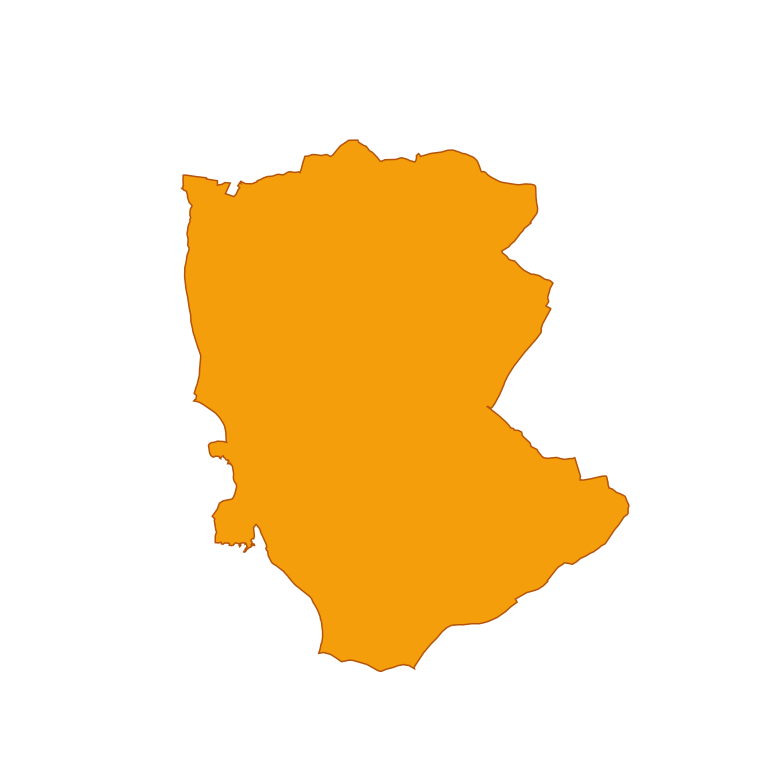 Suatu, Cluj, Romania, rotated 336°
{"feature_id": "2599482B22799076285957", "entity_name": "Suatu", "entity_type": "district", "adm_level": 2, "iso_a3": "ROU", "parent_name": "Romania", "parent_adm1": "Cluj", "projection": "albers", "projection_center": [23.957, 46.756], "detail": "fine", "context": "isolated", "style": "filled", "palette": "amber", "viewbox_px": 768, "rotation_deg": 336, "n_neighbors": 0, "source": "geoboundaries", "source_scale": "gbopen_adm2", "svg_char_len": 6171}
<svg xmlns="http://www.w3.org/2000/svg" viewBox="0 0 768 768"><g transform="rotate(336 384 384)"><path d="M492.7,495.4L489.8,488.8L489.5,486.7L490.1,484.4L490.0,483.6L487.8,481.0L484.4,479.2L484.2,478.9L484.2,477.6L484.1,477.3L481.9,475.5L481.4,472.8L480.0,468.5L475.7,458.9L469.2,446.7L469.7,446.7L471.0,448.7L471.9,449.5L472.5,449.6L474.0,448.9L477.3,446.9L485.5,440.6L493.4,433.3L495.2,431.2L501.9,425.8L510.3,420.3L525.3,412.3L541.5,404.8L548.4,400.9L549.8,398.3L549.8,397.7L553.1,393.8L566.9,383.2L566.9,382.8L563.7,378.6L567.7,376.0L568.1,375.4L568.6,371.9L569.9,369.9L571.3,368.5L574.8,364.1L579.4,360.6L578.3,358.0L577.1,356.4L573.5,353.7L570.9,349.5L569.5,347.8L565.2,344.5L563.1,343.6L558.3,337.3L556.2,333.1L553.4,324.8L550.0,322.3L548.7,320.7L548.1,317.4L545.5,312.2L545.7,310.4L553.9,309.4L556.8,307.9L561.3,306.6L570.2,301.7L572.9,300.7L575.4,299.0L583.8,296.7L583.4,295.8L591.9,291.0L593.5,289.7L594.7,288.1L595.9,285.7L597.2,280.2L598.8,275.3L602.7,265.7L602.6,264.3L602.1,263.3L599.9,261.5L594.4,258.7L588.6,257.0L585.6,255.4L574.3,248.1L571.7,245.9L566.0,238.6L564.1,235.6L562.8,232.1L562.2,231.3L561.7,230.7L559.4,229.7L559.2,229.2L559.7,224.3L559.9,218.8L559.3,216.3L557.7,213.0L552.0,206.8L549.8,205.6L547.3,203.0L542.1,198.3L537.4,196.4L531.2,195.6L520.5,192.4L509.9,191.0L509.9,189.7L509.3,187.6L506.4,188.6L506.2,189.6L504.7,192.0L503.7,193.1L502.4,193.7L498.7,190.6L496.2,187.8L492.6,184.8L491.1,184.2L486.3,183.7L476.0,179.5L472.0,179.5L471.1,178.6L469.8,173.5L467.6,167.7L465.7,165.0L464.4,159.7L462.1,157.3L459.2,153.0L459.2,150.5L450.9,147.0L440.7,148.8L430.1,154.1L427.8,154.5L425.0,151.0L419.8,149.8L414.3,146.4L411.7,145.2L407.1,144.9L404.5,143.8L403.7,144.3L403.3,145.2L400.4,148.2L395.1,154.9L393.2,156.7L392.8,155.7L388.7,154.5L384.0,151.6L382.1,151.4L377.3,152.0L376.2,151.6L372.6,149.3L366.4,148.7L362.1,147.1L357.9,146.7L354.6,147.0L351.2,146.8L350.4,147.0L350.2,147.6L344.8,147.4L338.6,144.4L337.2,142.5L336.6,142.3L336.1,140.9L335.5,140.6L335.0,141.3L334.8,142.3L334.4,141.3L331.0,143.5L332.1,145.9L330.0,147.0L326.1,150.4L323.2,151.8L316.5,145.6L325.3,137.9L320.6,135.3L317.3,135.7L312.7,134.6L314.5,130.6L305.3,124.6L305.7,123.9L305.3,123.2L297.5,118.6L288.5,112.9L285.5,111.5L283.3,116.0L281.5,120.9L280.8,121.3L280.0,123.2L278.9,123.0L280.2,125.8L281.5,126.9L281.8,128.0L281.3,131.5L280.4,133.6L279.9,139.1L281.2,142.3L280.9,143.5L278.5,145.1L277.8,146.4L277.4,146.6L275.4,150.7L275.1,153.4L273.7,154.6L272.8,156.7L270.2,159.1L268.4,161.3L267.8,162.7L265.5,166.0L264.9,167.4L264.0,172.0L261.1,177.5L261.3,180.1L261.0,181.0L259.9,182.8L256.4,186.4L253.0,191.8L249.3,196.8L245.6,204.6L241.9,216.1L239.8,225.5L237.1,234.9L235.5,242.1L233.0,248.5L231.6,255.4L230.8,258.2L229.1,272.7L228.3,282.2L227.9,284.1L221.0,296.5L218.9,300.9L212.8,308.8L211.5,309.9L206.7,315.5L207.7,317.3L208.0,318.4L205.9,321.4L204.9,321.3L203.3,322.1L206.5,324.3L208.2,326.0L210.6,329.3L217.7,340.9L218.6,342.9L220.3,348.3L221.2,355.2L221.2,357.6L220.3,362.1L219.6,364.5L216.7,371.8L216.5,373.3L213.7,371.1L208.4,368.4L206.1,368.4L202.7,367.4L201.0,367.5L199.8,367.8L198.7,368.6L196.7,375.9L196.7,378.8L198.0,381.2L199.6,381.6L200.6,381.3L203.6,382.9L204.0,383.3L203.7,384.8L204.5,385.8L205.0,384.8L207.2,384.1L208.0,384.4L207.7,385.6L208.7,387.2L208.7,388.7L209.7,389.8L210.4,389.7L210.8,390.2L210.9,390.5L210.3,390.5L210.5,391.6L209.1,392.6L208.7,393.2L209.6,393.6L211.2,393.6L211.4,394.1L210.8,394.5L211.6,395.4L211.6,396.3L212.0,396.7L212.1,397.2L210.3,404.4L208.2,408.5L207.8,410.0L207.6,412.2L208.2,415.0L208.1,416.5L207.2,418.4L203.1,423.7L199.6,426.8L198.1,427.2L189.4,425.3L185.1,426.0L180.8,430.5L173.3,435.0L174.6,438.4L173.6,439.3L173.1,440.9L171.0,448.8L170.8,451.2L168.1,454.1L165.3,460.3L168.2,461.9L170.8,462.3L170.5,463.9L171.7,464.9L173.7,464.4L177.3,466.2L177.8,467.0L177.6,467.8L177.0,468.2L178.5,469.4L180.5,470.0L183.4,468.8L184.2,469.0L185.6,470.1L186.7,472.0L186.3,472.4L186.7,472.5L185.9,473.6L186.0,474.0L187.8,472.9L187.7,472.3L187.0,471.2L187.3,471.0L191.3,471.9L191.8,472.7L191.8,473.8L192.9,473.2L193.2,474.3L192.8,476.0L192.9,477.0L189.8,478.4L190.0,479.8L189.2,480.1L188.1,479.7L187.6,480.4L188.5,480.9L189.7,480.6L191.3,479.3L192.6,479.3L193.2,478.7L195.3,478.8L196.9,478.5L197.1,476.9L197.6,476.5L198.0,476.6L198.1,477.8L199.0,477.4L199.6,478.8L200.1,478.8L200.3,477.6L199.8,477.0L199.2,476.9L199.0,476.2L198.5,475.9L199.2,474.8L198.7,473.4L198.8,472.8L200.3,471.8L201.4,471.8L202.0,472.4L203.7,470.3L206.4,462.1L210.0,460.2L211.5,465.6L211.0,470.5L211.2,473.8L211.2,482.5L210.7,484.9L210.2,485.7L209.4,485.8L209.1,486.3L209.1,487.7L209.7,489.5L208.4,493.8L208.8,501.3L209.7,503.4L211.5,505.8L215.8,513.8L217.9,520.2L219.5,526.4L221.1,531.3L229.8,548.1L230.5,550.4L230.4,554.5L231.1,559.4L231.4,564.1L231.0,570.7L230.3,573.1L230.2,575.6L227.2,585.2L225.1,590.0L222.2,594.7L221.1,595.5L217.6,600.4L214.8,603.5L219.6,604.7L224.5,608.7L225.5,609.7L229.1,615.1L232.2,620.4L239.7,622.1L240.9,622.6L243.5,624.1L252.9,632.0L254.7,633.7L261.4,642.7L263.4,644.8L265.1,645.4L270.2,645.5L276.6,646.6L282.3,647.0L288.2,648.4L288.9,649.2L292.3,651.3L296.0,656.5L296.2,655.5L297.0,654.5L310.7,645.7L320.5,640.9L329.4,637.4L336.4,633.9L342.4,632.1L346.8,631.9L350.5,632.7L350.5,633.0L354.6,634.4L358.5,636.2L366.7,638.7L373.4,641.7L378.2,642.7L382.8,643.3L392.3,643.3L402.7,641.3L408.8,639.2L416.9,637.4L416.5,633.9L429.5,632.6L438.1,633.9L441.6,634.1L447.9,633.0L453.3,630.9L453.1,630.2L466.2,623.2L469.1,622.1L474.0,621.4L476.2,620.7L482.9,625.3L487.0,624.8L492.7,623.2L498.5,623.2L504.3,622.4L507.0,622.6L514.5,621.0L516.0,620.3L521.1,619.9L535.6,610.8L541.2,608.1L549.2,603.0L553.4,602.1L554.7,601.0L556.1,597.4L558.1,594.9L558.4,594.0L558.3,590.3L558.6,585.3L558.4,584.5L557.7,583.4L554.9,580.1L552.5,577.9L549.8,572.7L547.2,570.3L547.6,569.6L547.5,567.9L548.4,565.5L549.6,559.8L549.4,558.4L546.0,557.0L533.9,554.6L526.6,552.7L525.2,551.8L524.1,551.6L524.8,549.8L525.9,548.4L528.3,528.9L526.0,528.8L523.7,527.8L518.6,526.4L516.0,524.8L511.8,521.3L503.1,518.4L500.0,516.4L498.8,514.2L498.0,511.3L497.1,507.8L497.3,506.9L497.1,506.0L493.0,501.0L493.4,497.5L492.7,495.4Z" fill="#f59e0b" stroke="#b45309" stroke-width="1.5"/></g></svg>